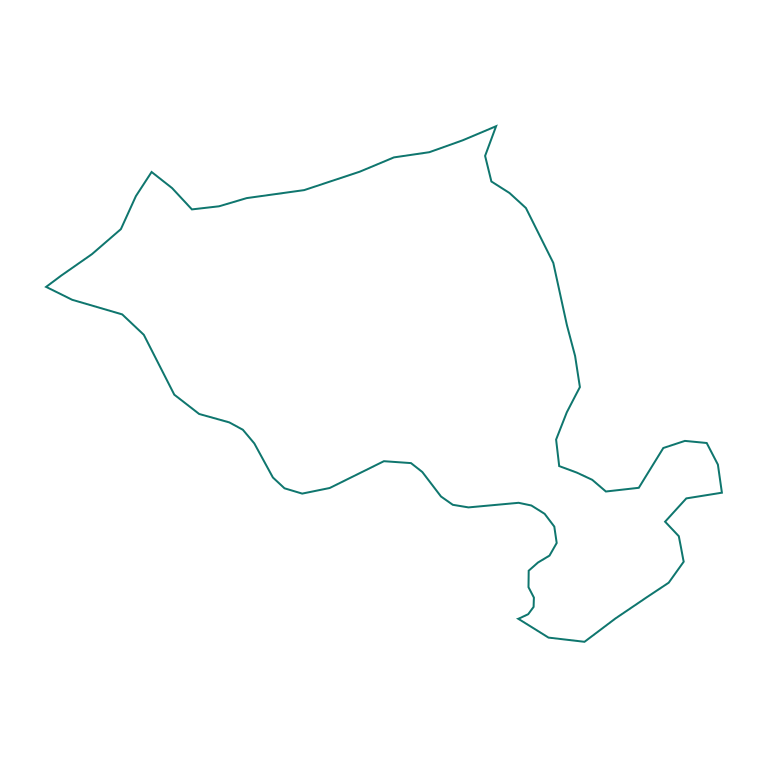 map outline of Laçın (Natural Earth projection)
{"feature_id": "AZE-1735", "entity_name": "Laçın", "entity_type": "District", "adm_level": 1, "iso_a3": "AZE", "parent_name": "Azerbaijan", "parent_adm1": "", "projection": "natural_earth1", "projection_center": [46.402, 39.698], "detail": "fine", "context": "isolated", "style": "outline", "palette": "teal", "viewbox_px": 768, "rotation_deg": 0, "n_neighbors": 0, "source": "natural_earth", "source_scale": "10m", "svg_char_len": 1155}
<svg xmlns="http://www.w3.org/2000/svg" viewBox="0 0 768 768"><path d="M302.2,493.6L284.5,488.3L272.9,477.5L254.3,443.4L242.9,429.8L229.3,422.4L199.2,414.0L174.3,394.7L143.8,334.8L122.2,314.4L72.2,299.8L46.1,286.9L61.2,275.6L92.0,254.1L120.9,229.1L135.9,196.1L151.6,172.0L172.1,188.1L191.9,209.4L219.0,206.3L246.7,198.1L304.2,190.1L359.7,171.7L393.9,157.4L429.3,152.2L462.7,140.3L496.1,126.2L485.1,155.9L491.4,181.5L509.5,193.0L525.9,208.0L553.3,262.9L566.9,325.1L575.1,356.0L578.1,375.5L579.9,387.1L575.6,395.3L566.8,412.3L556.1,439.6L559.2,466.1L576.8,472.6L592.2,479.8L605.9,491.5L638.8,487.8L644.5,478.5L663.2,448.2L663.3,448.0L684.9,440.9L706.7,443.0L717.9,464.6L720.6,483.6L721.9,492.7L686.3,498.4L673.0,513.0L665.1,521.7L678.8,536.2L680.9,547.0L683.1,558.8L683.7,561.7L668.7,582.7L646.7,597.3L615.4,618.5L584.5,641.8L548.5,637.6L518.3,618.8L518.6,618.7L528.2,614.2L533.6,606.9L533.9,597.6L528.5,587.2L528.7,570.7L538.0,562.5L549.5,555.6L556.7,543.0L554.3,526.6L544.6,513.8L531.4,505.5L518.6,502.8L468.5,507.4L452.8,504.8L441.0,496.5L422.3,472.0L411.0,463.1L383.9,461.2L329.7,488.0L302.2,493.6Z" fill="none" stroke="#0f766e" stroke-width="2"/></svg>